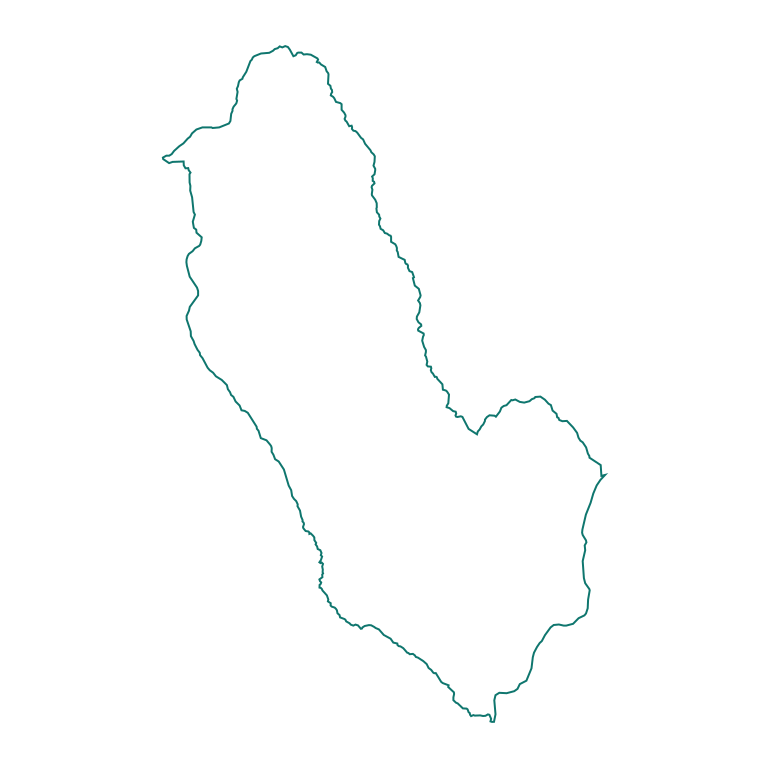 Três Lagoas, Mato Grosso do Sul, Brazil (Natural Earth projection)
{"feature_id": "56859067B99558020678157", "entity_name": "Três Lagoas", "entity_type": "district", "adm_level": 2, "iso_a3": "BRA", "parent_name": "Brazil", "parent_adm1": "Mato Grosso do Sul", "projection": "natural_earth1", "projection_center": [-52.223, -20.406], "detail": "fine", "context": "isolated", "style": "outline", "palette": "teal", "viewbox_px": 768, "rotation_deg": 0, "n_neighbors": 0, "source": "geoboundaries", "source_scale": "gbopen_adm2", "svg_char_len": 6077}
<svg xmlns="http://www.w3.org/2000/svg" viewBox="0 0 768 768"><path d="M600.5,479.8L605.1,474.9L601.4,475.9L600.7,465.1L589.5,457.7L589.3,456.0L587.9,453.6L586.1,447.4L582.7,442.3L580.4,440.7L578.5,437.7L577.1,432.9L573.1,427.4L566.9,420.9L562.4,421.2L559.3,420.0L558.4,417.8L557.2,417.3L556.5,413.8L552.6,410.6L550.9,405.1L548.5,403.7L544.9,399.7L540.4,396.6L535.3,397.0L534.4,398.2L531.8,399.2L529.5,401.2L524.2,402.6L519.8,401.9L515.3,399.5L512.5,400.3L511.3,400.0L506.5,405.2L503.7,406.0L501.4,407.7L499.9,411.5L495.9,416.7L494.6,415.7L489.5,415.3L486.9,417.1L485.0,419.6L484.9,421.1L483.2,424.5L481.3,426.4L479.7,429.4L477.8,431.5L477.0,434.3L468.6,428.9L462.4,416.9L460.8,416.3L457.4,417.0L456.0,416.6L455.5,415.4L456.2,413.6L455.7,411.7L453.1,411.1L449.5,408.1L446.6,407.2L446.8,405.7L448.3,403.3L449.0,394.6L447.0,391.5L445.8,390.5L442.9,389.7L442.4,384.3L437.3,378.8L436.8,377.2L435.8,376.7L434.8,376.9L432.9,373.5L431.6,372.3L430.8,370.1L431.3,368.3L430.9,366.7L427.8,366.4L426.6,364.9L427.3,361.6L426.0,356.7L425.1,355.4L425.9,352.0L425.9,350.1L424.1,346.9L422.2,340.7L423.0,336.8L423.8,335.0L423.6,333.5L418.2,330.6L418.0,329.3L418.8,327.9L421.3,325.9L421.1,324.4L418.5,322.3L416.7,319.0L416.9,316.6L419.3,312.3L420.4,305.3L419.9,303.1L418.1,300.5L420.2,297.0L420.6,295.4L418.8,288.8L414.8,285.6L412.9,278.1L414.0,277.3L412.2,272.1L409.5,271.1L407.9,267.7L408.0,265.7L407.4,264.4L406.2,264.0L405.3,262.9L404.7,259.9L398.6,256.9L397.7,252.0L396.8,250.5L396.9,248.0L396.3,246.2L395.3,244.3L391.1,241.8L391.1,236.8L390.6,235.7L389.4,235.4L387.0,233.6L384.8,233.0L383.2,230.3L380.6,228.8L380.0,226.3L379.0,224.7L379.2,221.0L380.4,218.6L379.3,216.6L379.1,214.7L376.9,212.3L376.4,208.5L376.8,207.3L376.7,203.2L375.2,199.7L372.0,195.4L371.8,194.2L372.4,189.7L371.6,187.2L372.0,185.8L374.5,183.4L374.1,181.8L372.7,180.9L372.8,178.2L372.1,176.5L374.5,174.3L375.2,170.3L375.2,168.8L373.5,165.7L374.5,161.9L374.8,156.3L373.7,154.4L371.3,152.2L370.5,150.3L365.1,143.8L363.1,139.4L361.0,137.8L357.2,132.6L355.5,131.1L353.4,130.7L351.9,128.9L352.1,127.1L351.6,125.7L349.2,126.2L346.6,121.6L345.4,120.6L344.6,118.9L345.5,116.7L345.5,115.2L344.1,112.6L341.6,109.8L341.6,104.2L340.3,103.1L336.0,101.9L334.3,98.3L333.1,96.8L330.8,95.4L331.2,93.6L332.2,92.1L331.9,89.9L330.9,88.6L330.4,85.8L328.0,83.8L328.5,74.4L328.2,73.2L326.6,71.2L325.2,67.0L320.9,64.4L319.3,62.5L317.8,62.6L316.8,62.0L318.1,59.6L317.4,58.4L310.8,54.7L307.0,54.2L303.6,54.5L301.5,52.6L298.2,52.6L297.2,53.0L295.7,55.3L293.4,56.2L289.8,49.6L287.9,47.0L285.2,46.1L282.3,47.4L279.7,46.4L277.7,48.2L274.7,49.1L273.1,50.7L269.3,52.8L261.0,53.5L254.3,56.2L252.8,57.5L251.8,59.7L250.4,61.1L246.3,71.8L242.8,77.3L242.4,78.8L239.7,80.4L238.8,82.2L238.0,86.1L236.8,88.8L237.6,91.9L236.4,98.9L237.1,100.6L236.3,103.4L233.6,106.7L232.5,109.2L232.5,110.9L231.2,113.8L230.4,121.0L228.9,123.5L219.2,127.4L212.6,128.0L211.4,127.4L202.4,127.4L196.4,129.5L192.0,133.4L190.1,136.7L187.7,138.6L183.4,143.4L179.3,146.2L174.1,150.9L171.7,154.1L169.2,155.7L166.3,155.7L162.9,157.6L163.2,159.1L169.1,163.1L172.6,161.9L183.6,161.5L183.8,165.4L185.5,168.3L188.2,168.1L188.7,170.2L190.5,172.6L189.5,174.2L189.6,182.5L190.4,185.9L190.2,190.6L192.1,197.3L193.6,212.0L194.9,214.6L192.8,221.7L193.3,224.6L193.9,227.9L196.2,229.6L196.5,232.7L201.7,237.3L201.3,240.9L200.2,244.6L199.2,245.9L194.9,248.3L192.6,251.2L188.9,253.9L187.6,256.1L186.6,259.4L186.4,262.2L186.9,265.9L189.7,276.7L197.0,287.6L198.1,291.0L198.1,295.4L189.8,306.9L189.0,310.6L186.6,316.0L186.7,319.5L190.7,331.3L190.9,336.1L193.6,341.0L194.6,344.1L197.5,349.8L199.7,352.7L200.1,355.2L202.5,358.1L207.6,367.7L209.8,370.3L213.1,372.7L215.9,376.3L221.7,379.9L226.9,385.1L227.9,389.2L230.0,392.1L231.1,395.0L233.4,396.8L235.6,401.5L239.6,405.5L241.5,410.3L244.7,410.9L247.8,412.8L256.6,426.7L256.9,428.8L258.5,430.7L260.8,438.1L266.5,440.3L270.1,444.6L271.2,446.2L271.7,448.1L271.6,451.8L273.4,454.7L275.1,459.2L278.7,461.5L283.9,469.5L288.7,485.6L291.2,490.2L292.1,496.0L293.9,498.8L296.2,501.1L297.7,504.3L297.5,506.2L300.0,510.6L301.1,516.6L302.6,520.1L302.5,521.5L303.6,522.6L304.0,524.1L303.0,527.0L303.4,528.3L305.6,531.0L308.4,531.5L309.3,532.4L309.4,533.9L310.7,533.4L313.1,535.8L314.3,537.4L314.4,540.2L316.2,542.9L315.6,544.4L317.1,546.4L317.7,549.0L320.3,550.2L321.5,553.0L320.8,555.2L322.1,556.5L320.9,560.1L319.4,562.3L320.5,563.1L321.6,562.5L323.0,563.9L322.2,566.5L322.8,569.6L322.6,572.2L323.1,573.4L322.2,574.5L322.4,577.2L319.4,579.4L320.0,581.2L321.2,582.4L320.7,583.9L319.6,584.9L319.5,587.6L320.9,588.0L321.8,588.9L322.5,590.5L326.9,595.4L328.3,599.5L327.9,601.4L330.7,603.2L330.6,605.5L331.7,606.6L334.7,607.6L336.0,608.9L336.9,610.3L337.5,613.3L339.5,615.0L340.1,617.4L344.4,619.0L345.4,619.7L346.2,621.4L349.6,623.3L350.7,624.6L353.3,625.6L355.5,624.6L358.0,625.4L360.9,628.8L362.0,628.5L362.5,627.4L364.7,626.0L369.0,625.1L371.2,625.3L374.3,627.0L375.6,628.0L378.9,629.4L383.8,635.0L390.6,638.7L393.3,642.6L397.3,643.5L397.5,645.0L398.7,646.1L400.5,646.4L403.3,648.2L407.2,652.7L408.4,653.0L409.7,654.2L412.9,653.9L414.9,655.4L415.8,656.9L417.9,657.6L423.3,661.1L426.7,664.1L428.6,668.0L431.2,669.9L433.2,672.6L434.2,673.2L435.8,673.1L441.2,681.9L442.8,683.1L448.6,685.3L448.2,687.0L453.9,692.3L454.1,694.0L453.4,697.3L453.4,700.2L456.0,702.7L457.7,703.4L462.9,708.4L466.6,708.6L467.6,709.4L468.6,712.2L469.7,713.0L470.1,714.8L471.1,716.1L473.4,715.1L474.8,715.6L480.2,715.4L483.0,716.0L485.5,715.8L487.9,714.4L489.4,714.8L491.1,718.8L490.5,721.4L492.0,721.9L494.0,721.8L495.5,714.3L494.3,700.3L495.5,695.2L499.3,692.8L506.6,693.2L514.2,691.2L517.5,688.9L519.8,684.1L526.4,680.7L531.5,668.3L532.8,657.3L534.0,652.7L537.0,647.0L539.7,643.0L541.8,641.1L545.0,635.1L550.6,627.4L553.7,625.0L558.9,624.5L563.7,625.6L566.2,625.6L573.1,623.8L578.6,618.2L584.4,615.4L586.0,613.5L587.7,608.3L588.1,599.6L589.7,590.3L589.3,589.0L585.2,583.2L583.9,578.1L582.7,561.1L585.2,550.2L584.7,545.4L586.4,542.4L586.0,540.4L582.7,535.0L582.1,532.7L582.4,529.6L585.9,514.6L590.6,502.8L593.3,493.5L596.7,485.4L600.5,479.8Z" fill="none" stroke="#0f766e" stroke-width="2"/></svg>